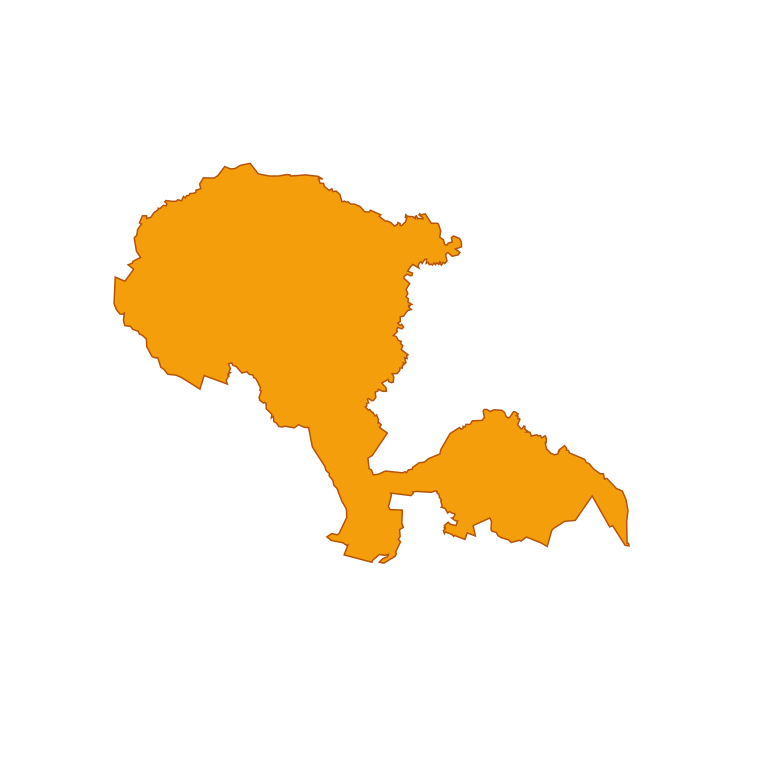 San Martín Chalchicuautla, San Luis Potosí, Mexico (Robinson projection), rotated 299°
{"feature_id": "50627088B19949088040088", "entity_name": "San Martín Chalchicuautla", "entity_type": "district", "adm_level": 2, "iso_a3": "MEX", "parent_name": "Mexico", "parent_adm1": "San Luis Potosí", "projection": "robinson", "projection_center": [-98.615, 21.363], "detail": "fine", "context": "isolated", "style": "filled", "palette": "amber", "viewbox_px": 768, "rotation_deg": 299, "n_neighbors": 0, "source": "geoboundaries", "source_scale": "gbopen_adm2", "svg_char_len": 6160}
<svg xmlns="http://www.w3.org/2000/svg" viewBox="0 0 768 768"><g transform="rotate(299 384 384)"><path d="M547.5,347.5L552.8,337.5L549.8,334.2L550.2,332.7L548.8,332.7L548.3,337.4L547.2,337.9L546.0,334.4L544.8,333.7L546.8,330.9L545.9,330.2L543.9,331.3L544.4,328.3L542.0,323.2L542.7,321.1L540.1,321.8L540.4,323.3L536.3,324.2L530.9,322.5L530.5,321.3L532.1,320.3L532.0,317.9L530.0,318.3L527.1,316.6L528.4,312.3L528.3,308.3L527.1,306.3L528.3,298.5L530.4,299.1L529.4,287.9L527.1,287.5L525.3,283.8L527.6,277.1L527.0,271.1L525.2,267.4L526.0,264.2L524.8,263.1L524.7,260.6L522.9,259.0L528.3,253.6L529.5,248.7L527.5,245.9L529.5,243.7L526.8,242.2L527.9,236.0L530.2,233.9L528.6,230.8L532.0,227.1L533.5,231.0L533.7,225.7L528.9,214.1L520.6,201.5L521.4,200.6L520.0,197.3L514.9,191.1L510.5,183.3L507.4,174.0L507.0,171.8L512.1,159.9L505.5,152.3L500.4,149.4L497.7,145.6L497.0,139.3L485.7,137.7L481.8,135.6L476.7,126.1L469.5,125.8L466.0,129.1L462.2,125.5L460.7,126.6L458.8,125.4L456.5,121.9L454.5,122.0L452.9,119.9L450.5,120.0L450.8,117.7L446.1,118.1L445.2,114.3L443.3,113.9L441.3,110.8L438.8,104.4L437.2,103.9L436.3,106.7L434.4,107.2L433.3,104.5L428.7,102.9L428.3,101.3L426.9,101.9L422.3,99.7L416.8,99.3L413.7,96.1L416.0,94.9L414.1,91.2L406.3,92.0L406.3,94.4L399.8,93.6L394.3,95.6L390.7,94.7L380.1,103.1L376.7,109.7L369.5,104.9L367.5,105.2L364.2,102.4L363.0,109.4L348.3,107.6L347.2,97.1L323.5,108.9L319.3,113.9L317.2,119.0L318.5,121.8L320.1,122.5L313.4,125.2L309.4,129.0L311.5,134.4L310.0,137.7L311.0,143.4L309.0,146.0L309.5,148.7L308.1,154.4L301.6,158.4L295.6,167.7L296.1,171.8L297.4,173.3L290.4,180.8L290.1,184.5L287.7,190.2L290.9,197.8L291.5,203.6L290.3,225.5L304.2,222.6L308.0,247.1L310.8,244.1L315.0,244.3L316.4,243.1L316.2,244.2L317.9,243.1L319.4,244.1L319.2,242.6L323.0,242.2L326.3,238.1L328.6,240.8L327.1,242.5L327.6,246.4L324.7,254.3L328.2,258.1L327.1,261.5L328.3,265.2L326.6,266.7L326.4,269.7L321.0,277.6L318.3,278.5L318.3,280.1L311.6,281.3L309.6,283.2L308.8,287.6L310.1,288.8L309.7,290.4L305.2,293.0L303.2,300.6L299.7,301.9L302.0,303.0L297.8,305.8L297.7,309.0L295.9,312.5L297.0,315.8L299.1,317.9L302.2,326.9L306.9,328.9L307.5,335.3L309.3,339.2L294.2,351.9L283.3,372.1L280.2,375.3L279.2,379.6L277.1,380.6L274.8,386.1L271.2,389.2L269.9,393.5L261.4,403.5L256.4,411.7L249.3,416.1L231.3,417.2L229.5,416.3L227.9,410.9L222.6,408.1L221.6,413.5L225.2,425.1L224.8,429.5L225.9,430.4L215.2,432.0L222.2,459.8L224.2,459.5L232.6,462.6L234.7,468.2L237.2,470.5L234.5,470.8L230.7,467.6L225.9,466.2L227.2,470.7L239.0,477.4L241.6,477.0L242.8,475.7L254.0,474.9L255.1,471.9L258.5,472.0L264.3,468.2L267.9,470.5L270.8,467.1L282.6,461.2L277.1,450.2L278.8,447.4L290.4,444.4L291.8,442.7L299.5,461.7L302.7,462.5L303.5,461.4L305.8,464.5L312.2,477.9L315.3,480.6L315.8,482.5L314.5,483.0L313.9,485.8L311.6,487.5L310.6,490.3L309.4,490.2L305.1,494.3L304.0,493.8L304.8,497.7L302.0,502.2L304.2,503.2L304.0,506.8L305.0,508.4L303.9,509.5L300.8,509.4L299.6,508.2L299.0,512.9L299.8,514.8L295.1,515.6L293.5,509.9L294.3,507.1L289.3,505.4L287.9,507.4L287.4,506.5L286.5,507.8L284.7,507.0L282.4,509.4L284.4,509.5L285.3,516.2L284.5,518.8L285.7,519.0L287.3,530.1L294.1,529.0L295.4,537.6L303.4,530.6L318.1,541.5L316.1,544.5L308.4,548.3L307.6,549.9L308.6,554.1L306.6,557.2L306.5,561.5L308.1,568.7L307.0,572.1L313.0,578.2L313.0,580.0L319.2,582.8L321.2,598.6L321.0,605.5L337.2,601.7L339.9,602.3L351.5,608.6L357.4,617.4L387.0,620.3L368.4,650.7L370.9,652.7L359.8,673.1L361.2,676.8L363.2,675.1L362.6,673.8L381.6,662.8L391.6,658.7L400.1,651.8L405.9,644.4L405.3,637.8L409.5,624.7L407.7,622.9L411.8,619.5L410.3,616.4L411.4,608.2L413.7,602.4L413.6,598.7L415.4,596.1L413.6,579.7L415.3,577.5L414.5,575.7L416.3,575.0L417.7,571.8L411.0,569.0L410.1,570.1L409.1,569.3L407.2,570.1L404.7,567.4L404.3,563.7L406.1,557.5L410.7,553.6L411.3,554.3L415.1,552.3L416.9,550.2L413.4,548.1L414.7,545.9L413.4,544.2L413.7,542.3L409.9,538.1L412.6,535.1L411.0,531.8L412.4,532.5L412.7,529.3L415.3,527.8L415.0,526.6L411.8,526.4L411.3,525.1L413.3,520.4L418.7,520.1L419.5,519.3L418.6,518.0L420.9,516.7L420.4,515.0L422.9,515.9L423.2,511.9L422.6,510.7L415.5,510.1L414.6,508.6L414.5,507.0L417.6,503.1L418.1,499.8L414.9,492.8L411.4,490.1L411.5,486.2L410.3,483.9L408.3,483.9L403.5,488.0L399.7,487.4L394.7,479.2L390.3,478.8L388.5,475.3L385.6,475.6L385.3,473.7L383.8,474.6L381.8,473.6L382.5,471.1L372.7,465.8L354.0,465.5L349.9,466.8L340.5,459.2L335.3,457.2L332.1,452.9L325.0,449.5L323.2,450.1L320.7,446.9L317.4,446.7L317.5,445.0L315.2,443.1L308.6,427.5L302.5,422.9L299.3,418.7L302.7,414.8L302.7,412.0L311.3,405.9L315.8,408.4L342.7,410.7L343.9,401.1L347.1,401.3L347.8,398.4L347.0,397.7L350.2,396.4L353.4,392.5L351.7,391.5L353.9,387.8L353.4,387.1L354.8,383.9L353.6,382.9L354.9,378.7L356.6,379.6L358.2,378.3L360.1,379.7L362.7,376.8L363.8,377.4L363.5,381.5L364.5,382.8L368.3,383.4L372.5,380.3L374.9,382.0L376.7,381.6L376.9,386.0L378.7,389.6L381.6,387.6L383.8,381.7L389.9,385.3L388.3,387.3L388.7,389.8L390.1,391.2L394.9,389.1L396.9,386.1L399.4,390.4L403.4,391.2L405.6,390.1L406.8,392.3L409.0,391.1L410.4,392.1L411.9,390.6L412.0,392.5L413.4,392.8L417.0,389.2L417.5,391.9L419.6,390.2L421.2,390.8L422.4,382.5L426.7,381.8L427.3,378.9L429.6,378.6L429.1,375.2L431.5,371.8L430.9,368.6L436.4,370.3L437.5,368.8L440.1,368.5L440.9,372.9L443.2,373.6L444.8,370.6L443.1,369.6L444.0,366.5L446.5,368.0L450.6,365.6L452.9,368.2L459.7,369.1L462.3,371.8L463.1,368.4L464.8,368.7L464.1,367.1L467.1,369.8L467.3,365.2L470.3,364.0L471.0,361.0L474.7,361.0L477.4,357.5L484.4,357.7L486.1,350.3L487.8,349.4L491.4,351.2L491.4,354.7L492.6,355.8L494.8,355.3L494.2,349.9L499.4,350.4L502.6,351.3L502.3,358.3L503.7,356.4L506.9,356.2L509.0,357.1L508.0,358.9L512.6,359.2L513.9,360.7L509.9,362.5L511.8,363.7L510.3,365.8L511.7,367.2L511.6,368.8L514.1,369.0L513.3,371.2L515.6,371.3L515.1,373.8L517.9,373.5L517.8,374.7L516.1,375.0L515.9,376.7L519.0,376.7L518.8,378.7L522.1,379.5L526.6,375.4L528.7,375.3L529.9,376.3L528.8,381.8L533.0,386.3L535.9,386.6L536.7,380.9L541.5,385.3L545.8,382.7L547.9,379.4L547.2,373.1L544.8,372.0L541.2,374.8L538.4,371.9L535.9,371.7L535.4,369.4L539.1,365.9L539.4,361.6L545.3,359.4L550.3,354.1L550.4,352.6L547.5,347.5Z" fill="#f59e0b" stroke="#b45309" stroke-width="1.5"/></g></svg>